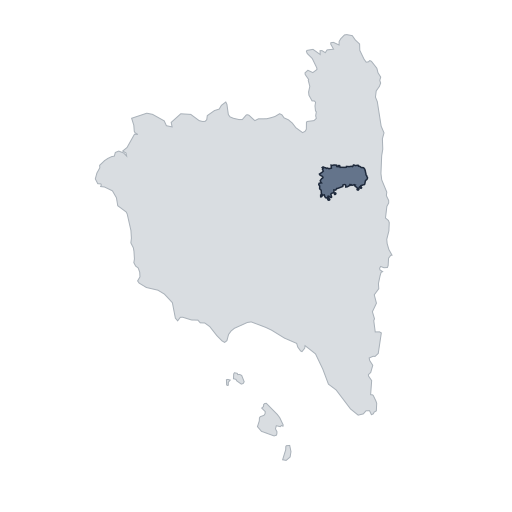 location of Palencia within Spain, rotated 82°
{"feature_id": "ESP-5839", "entity_name": "Palencia", "entity_type": "Autonomous Community", "adm_level": 1, "iso_a3": "ESP", "parent_name": "Spain", "parent_adm1": "", "projection": "natural_earth1", "projection_center": [-4.405, 42.407], "detail": "fine", "context": "in_parent", "style": "filled", "palette": "slate", "viewbox_px": 512, "rotation_deg": 82, "n_neighbors": 0, "source": "natural_earth", "source_scale": "10m", "svg_char_len": 6470}
<svg xmlns="http://www.w3.org/2000/svg" viewBox="0 0 512 512"><g transform="rotate(82 256 256)"><path d="M274.1,121.2L274.1,122.5L276.6,125.0L283.9,126.5L285.7,127.5L285.4,131.0L283.7,134.0L285.3,135.3L287.0,135.2L289.1,132.8L289.6,134.4L292.9,135.9L300.3,138.6L305.5,139.0L310.9,144.3L319.5,143.3L327.4,148.5L334.7,147.4L336.4,148.4L347.8,148.5L348.3,144.3L349.6,142.6L369.5,148.5L372.0,152.1L371.6,153.9L372.7,158.1L375.3,158.0L380.5,155.6L387.3,158.6L389.1,161.2L390.5,161.3L395.5,158.8L409.3,161.8L409.8,159.8L410.7,159.2L416.4,157.4L418.8,157.0L426.1,158.4L427.1,160.8L428.6,161.7L429.2,163.8L425.0,165.1L424.6,168.6L427.3,171.7L427.8,177.0L420.6,183.7L399.8,195.3L393.0,202.1L377.3,205.6L361.2,210.7L351.6,219.9L354.1,220.6L357.1,223.8L356.2,225.1L352.0,227.3L348.2,227.9L341.3,239.2L331.6,250.9L328.1,256.2L320.6,269.9L320.6,273.8L324.6,287.5L326.8,291.1L329.9,294.1L335.8,296.6L337.2,299.1L335.3,301.5L329.5,305.8L319.5,311.6L315.2,316.1L314.4,320.5L311.4,322.5L310.4,328.7L306.4,337.2L306.2,339.5L309.3,342.6L306.3,344.5L290.6,345.3L281.0,352.0L276.2,357.9L271.9,369.0L266.6,375.5L264.2,376.7L260.5,373.8L256.0,373.4L251.5,374.3L249.2,376.6L245.6,377.9L242.0,376.8L234.4,376.2L230.9,376.3L225.6,378.1L221.0,376.9L213.3,376.3L196.5,377.7L194.4,378.4L187.0,385.9L178.9,386.1L171.5,389.1L166.6,396.4L165.6,400.2L164.2,399.3L163.0,399.6L162.4,402.6L157.3,404.4L151.7,402.0L146.9,398.4L144.4,398.2L140.4,392.6L138.7,389.0L137.5,385.1L137.4,382.4L133.9,380.9L133.0,377.3L135.6,372.7L139.1,370.2L135.9,370.4L133.5,373.4L130.6,368.6L118.5,359.4L119.2,356.1L117.1,358.6L115.7,359.2L109.5,358.8L102.3,360.0L99.4,344.3L101.3,338.8L109.4,328.1L114.5,326.6L116.5,321.1L111.9,321.4L104.7,310.7L106.7,300.9L114.0,293.5L115.3,290.4L115.6,287.7L114.2,285.8L110.2,284.7L106.2,276.9L105.4,272.0L102.0,269.3L99.3,264.5L101.8,263.7L112.1,263.7L114.6,262.4L116.5,259.2L118.5,253.9L119.0,250.6L115.0,246.0L114.9,245.0L115.5,243.5L121.8,238.3L120.5,234.5L121.6,226.4L121.1,221.6L120.5,217.8L118.4,212.8L119.8,210.7L123.1,209.0L125.7,204.9L129.5,201.5L134.5,198.7L140.3,192.7L139.4,190.1L137.5,188.5L130.4,187.4L129.9,186.2L130.0,179.7L128.1,177.1L125.5,177.4L121.6,176.2L120.6,176.9L115.6,176.7L112.1,175.6L110.6,176.6L110.2,178.9L104.2,181.2L100.9,181.1L95.5,179.1L89.3,179.8L88.5,179.3L83.2,182.0L81.5,182.0L79.3,178.8L82.3,174.2L79.8,169.7L78.2,169.6L68.3,172.8L62.6,177.1L60.3,177.6L59.5,176.9L59.3,170.8L65.4,164.4L61.6,164.0L61.8,162.1L64.3,159.1L61.8,156.9L62.0,150.4L56.6,152.5L55.2,152.2L55.2,149.6L58.6,144.4L55.1,143.8L52.6,141.8L49.4,137.6L49.4,135.3L51.2,130.0L55.9,127.6L60.5,123.9L66.8,124.6L76.2,121.6L79.4,119.9L79.4,117.7L78.3,116.1L79.3,114.6L86.9,110.2L91.5,109.7L96.2,107.6L99.3,109.0L102.1,108.5L105.2,110.2L109.3,114.0L115.3,115.6L120.1,114.4L144.9,114.0L151.9,112.1L157.4,114.5L167.9,115.6L174.2,117.6L191.8,120.8L198.1,120.9L210.9,117.6L214.4,118.5L219.5,116.9L221.9,117.2L225.1,119.5L236.4,122.5L239.3,119.9L241.5,119.4L249.6,120.9L257.7,124.2L262.0,124.4L268.2,123.5L274.1,121.2ZM426.9,259.5L429.9,260.8L432.9,259.7L434.6,260.0L436.2,260.6L436.7,263.1L430.4,275.0L425.2,278.3L419.8,275.7L416.7,275.1L415.7,274.1L414.9,270.3L413.5,269.0L411.4,268.5L407.4,271.5L406.1,269.5L404.1,269.1L403.3,267.9L403.3,266.3L415.8,257.0L419.4,255.0L427.1,252.6L428.3,253.0L427.4,254.4L428.4,255.7L426.9,259.5ZM462.6,254.6L461.5,258.0L451.9,253.5L448.9,253.0L448.1,252.4L448.3,249.0L454.6,248.6L459.8,250.2L462.6,254.6ZM375.4,293.0L374.4,295.4L369.7,294.5L368.6,293.6L369.6,290.9L370.9,290.6L371.0,288.7L372.3,286.8L378.9,285.2L380.5,286.5L380.8,288.4L376.9,292.5L375.4,293.0ZM380.2,302.5L379.5,303.0L374.4,302.5L374.3,301.0L375.3,298.8L377.2,301.0L380.1,301.4L380.2,302.5Z" fill="#d9dde1" stroke="#a8b0b8" stroke-width="1"/><path d="M205.0,145.7L204.7,146.4L204.5,146.6L204.2,146.7L203.6,146.3L203.2,146.1L202.8,146.3L202.0,146.7L201.0,147.9L200.2,148.4L199.8,148.2L199.6,148.1L199.5,147.9L199.0,148.7L199.0,149.0L199.3,149.9L199.3,151.3L198.7,151.7L199.1,152.8L198.4,153.1L198.6,153.3L198.6,153.2L199.3,153.8L199.6,154.4L200.2,156.1L200.2,157.5L198.5,157.3L198.1,157.4L197.8,157.7L197.6,158.1L197.6,159.4L197.7,159.9L198.0,160.2L199.4,160.1L199.2,160.2L200.5,166.1L200.4,166.7L201.8,167.9L201.4,169.7L204.0,170.0L204.5,172.5L205.1,173.2L205.2,173.3L208.0,172.9L208.3,173.0L208.5,173.3L208.5,173.7L206.8,175.7L206.9,176.5L207.5,176.5L210.2,175.1L210.6,175.2L210.8,175.5L210.9,175.8L210.9,176.3L210.7,176.7L210.2,177.0L208.4,177.5L208.2,177.7L208.2,178.5L208.1,178.8L207.9,179.0L207.7,179.2L206.0,179.8L205.0,179.8L204.9,181.3L206.5,182.9L206.4,183.7L204.6,183.5L203.9,182.2L203.1,182.6L200.4,182.3L199.8,182.4L198.8,183.3L198.2,183.6L195.5,183.2L195.1,183.4L194.4,183.8L194.2,183.9L193.6,183.8L192.7,183.3L192.7,181.0L191.8,181.6L190.3,181.9L188.4,180.1L188.2,179.2L187.6,178.8L187.4,178.7L187.1,178.8L186.6,179.1L186.1,179.5L185.5,180.5L184.6,181.5L183.7,181.8L182.2,178.7L181.3,177.5L179.5,178.1L178.8,177.4L177.7,178.2L177.1,177.2L178.2,175.4L178.3,174.8L178.4,174.6L178.6,174.4L178.8,174.3L179.0,174.2L179.1,173.9L178.9,173.1L178.9,172.8L179.5,172.1L179.6,171.7L179.7,171.3L179.5,169.1L176.5,169.0L176.9,167.8L176.7,166.1L177.2,163.8L178.7,163.5L179.1,161.6L177.9,161.9L178.1,160.6L180.0,160.3L180.0,159.5L180.7,155.1L180.7,154.3L179.9,154.0L180.5,151.1L180.4,149.3L180.6,148.7L180.9,148.2L180.9,147.9L180.7,147.7L179.8,147.1L179.5,146.9L179.4,146.6L179.5,146.3L180.1,145.5L180.3,145.1L180.3,142.5L180.4,142.2L180.5,142.0L180.7,141.9L181.4,142.0L181.7,140.8L182.0,140.4L182.7,139.8L183.0,139.5L183.4,137.6L183.7,137.1L184.6,136.5L185.6,136.1L186.3,136.1L186.8,135.9L188.3,135.9L189.4,135.7L190.5,135.8L190.9,135.8L191.9,135.2L192.3,135.2L192.8,135.2L193.0,135.1L193.6,134.7L194.1,134.7L194.5,134.8L195.2,135.2L195.5,135.4L196.1,136.3L196.2,136.6L196.4,136.9L196.8,137.2L199.9,138.3L200.3,138.6L200.4,138.8L200.4,139.1L200.4,139.4L200.4,139.9L200.6,140.4L200.6,140.7L200.7,141.0L200.7,141.3L200.7,141.6L200.8,141.8L200.8,142.0L200.9,142.4L201.1,142.6L201.3,142.7L201.5,142.7L202.0,142.3L202.3,142.1L203.1,141.9L203.3,142.1L203.5,142.3L203.6,142.5L203.5,142.8L203.3,143.0L203.1,143.1L202.8,143.1L202.2,143.3L201.9,143.6L202.0,143.8L202.2,144.1L202.8,144.5L203.2,144.7L204.0,144.7L204.3,144.8L204.5,145.0L205.0,145.7ZM205.1,168.2L205.5,168.3L205.8,168.5L206.0,168.8L206.1,169.4L206.0,169.5L205.9,169.6L205.4,169.7L204.8,169.6L204.7,169.5L204.6,169.3L204.5,168.9L204.5,168.7L204.7,168.4L204.8,168.3L205.1,168.2Z" fill="#64748b" stroke="#1e293b" stroke-width="1.5"/></g></svg>